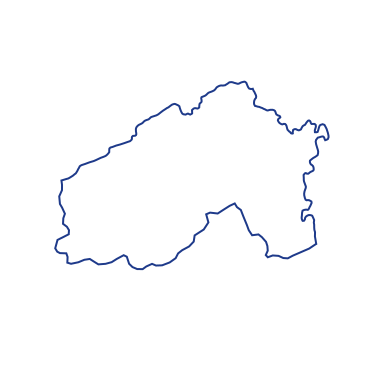 outline of Rasony, Vitebsk, Belarus, rotated 162°
{"feature_id": "67162791B65560195088656", "entity_name": "Rasony", "entity_type": "district", "adm_level": 2, "iso_a3": "BLR", "parent_name": "Belarus", "parent_adm1": "Vitebsk", "projection": "orthographic", "projection_center": [28.698, 55.907], "detail": "fine", "context": "isolated", "style": "outline", "palette": "blue", "viewbox_px": 384, "rotation_deg": 162, "n_neighbors": 0, "source": "geoboundaries", "source_scale": "gbopen_adm2", "svg_char_len": 5176}
<svg xmlns="http://www.w3.org/2000/svg" viewBox="0 0 384 384"><g transform="rotate(162 192 192)"><path d="M312.6,243.3L313.4,239.0L315.1,233.9L319.6,228.9L321.3,221.4L320.4,217.4L319.6,210.6L322.5,206.8L324.5,201.6L321.7,197.6L320.8,193.7L322.3,189.9L327.9,189.0L334.7,188.0L339.5,180.7L338.6,176.9L336.5,174.7L330.5,172.5L330.4,168.7L332.4,163.3L329.2,161.1L321.8,160.3L315.3,160.8L309.9,159.9L306.6,155.9L303.4,152.1L296.4,150.4L290.1,150.1L284.2,151.6L276.5,153.0L274.0,150.6L274.0,143.2L271.8,139.0L267.9,135.6L262.7,133.9L258.5,135.3L252.2,136.0L249.0,133.2L243.1,131.5L235.0,131.9L228.0,134.1L224.2,137.9L219.3,139.7L211.6,141.1L205.7,144.3L202.9,149.9L192.4,152.7L185.8,158.0L185.4,166.4L181.2,166.8L174.2,163.6L167.5,165.4L160.5,167.2L154.9,167.9L153.9,163.7L151.1,159.8L150.7,152.8L150.0,143.5L149.8,138.1L148.2,132.3L141.9,131.1L139.5,127.5L137.0,121.7L137.0,117.3L138.1,112.8L141.3,109.2L140.1,106.5L134.8,106.7L129.4,104.5L125.6,101.0L121.4,99.3L115.8,100.3L108.4,101.0L98.0,102.0L90.6,104.1L89.9,104.2L88.8,111.8L88.3,113.2L87.4,115.8L87.3,118.2L86.8,120.3L85.9,123.2L85.6,125.2L84.5,127.6L84.7,129.9L85.0,132.3L86.2,133.3L88.1,134.0L89.5,133.9L91.0,133.5L91.9,132.9L92.5,132.3L93.0,131.2L94.2,130.1L94.6,130.1L95.7,130.4L95.9,131.5L95.9,132.6L95.5,134.1L94.9,135.3L94.3,136.8L93.7,138.3L92.6,140.1L90.9,140.3L88.9,140.0L87.6,139.3L86.9,139.3L85.9,140.1L84.9,141.2L83.8,142.2L82.9,143.2L81.6,144.7L81.4,146.1L82.9,147.8L84.2,148.5L85.5,148.7L86.3,149.5L86.5,151.4L86.3,154.1L85.8,155.9L84.8,157.8L83.9,159.0L82.5,160.8L82.0,162.1L82.1,164.4L82.2,167.4L82.0,168.8L81.4,170.7L80.6,173.7L79.0,174.8L78.2,174.9L77.5,174.5L77.0,173.9L75.9,173.5L74.8,173.8L74.0,174.2L72.7,174.5L71.7,174.6L70.4,174.8L69.8,175.1L69.2,176.0L68.8,178.0L69.0,179.5L69.6,180.6L70.4,181.5L70.7,182.9L70.6,184.2L70.1,185.4L68.4,186.1L66.1,186.9L64.1,187.3L62.7,187.7L61.2,188.2L60.2,189.7L59.5,191.5L59.3,193.4L59.3,194.9L59.2,199.0L58.8,201.7L57.9,203.2L55.6,204.8L53.5,204.7L52.0,204.7L50.3,204.4L49.5,203.2L49.5,201.5L49.3,200.1L47.8,200.1L46.4,200.4L45.2,201.9L44.8,203.3L44.5,206.2L44.5,208.8L44.5,210.5L44.9,213.0L45.3,214.9L46.8,216.1L47.9,216.1L49.2,216.1L50.2,215.5L50.9,214.7L51.8,213.4L52.9,211.7L54.0,210.3L55.4,210.4L56.6,210.9L56.1,212.8L54.9,214.5L54.0,215.8L53.6,217.5L54.3,218.8L55.4,219.2L56.4,219.5L57.3,219.8L57.7,221.0L57.6,221.9L57.8,223.0L58.6,223.9L59.7,223.9L60.7,223.3L61.8,222.6L62.6,221.9L63.7,221.0L65.1,220.8L66.4,220.4L67.7,219.3L69.0,217.9L70.6,217.6L71.5,217.7L72.6,218.5L73.8,219.7L75.2,220.1L76.6,219.8L77.1,218.9L77.7,217.8L78.0,216.6L78.7,216.6L79.7,217.3L80.1,218.5L80.9,219.6L81.5,220.9L81.9,221.7L81.9,222.8L81.8,224.2L81.7,225.5L81.8,226.6L82.3,227.8L83.5,228.4L84.6,228.4L85.2,228.4L86.0,228.9L86.9,229.9L87.4,230.5L87.8,231.4L88.1,232.6L88.2,233.5L88.0,234.0L87.4,234.7L86.5,235.1L85.7,235.3L84.9,235.8L84.9,236.7L85.5,237.5L86.5,238.2L87.7,239.6L87.9,240.4L87.9,241.5L87.9,242.5L88.1,243.6L88.7,244.4L89.8,245.2L91.9,245.9L93.1,246.1L94.7,246.1L95.8,246.7L96.9,247.9L98.2,249.0L99.2,250.1L100.4,251.0L101.8,252.2L103.2,252.9L104.4,253.8L105.4,254.3L105.8,256.0L105.6,257.3L105.0,258.8L104.5,259.7L103.4,260.9L102.1,261.7L101.5,262.8L101.3,264.1L101.6,266.6L101.8,268.1L102.2,269.4L102.3,271.4L103.0,271.4L104.7,272.0L105.8,272.9L106.2,274.3L106.4,275.9L106.5,277.5L106.6,279.0L107.4,280.3L108.2,280.8L110.8,281.0L112.1,280.9L113.7,280.6L114.9,280.7L115.9,281.3L117.2,282.2L118.2,282.8L118.9,283.4L120.2,284.2L122.0,284.7L122.8,284.7L123.9,284.3L125.2,283.9L126.5,283.6L127.5,283.3L129.3,283.6L130.5,284.0L131.6,284.4L133.1,284.5L134.2,284.4L136.2,283.9L137.7,282.8L138.5,282.3L139.6,281.8L141.6,281.5L143.5,281.4L144.7,281.4L145.9,281.2L147.0,280.7L148.2,280.1L149.2,279.7L150.2,279.5L151.6,279.4L153.3,279.3L153.8,279.1L154.3,278.2L154.5,276.6L154.8,275.4L155.2,274.7L155.9,274.3L156.9,273.9L157.7,273.3L158.1,272.4L158.6,271.3L159.0,270.2L160.1,269.7L161.1,269.7L162.1,270.3L162.9,270.7L163.8,270.9L164.8,270.8L166.7,269.9L167.2,267.9L167.6,266.7L168.3,266.4L169.8,266.2L170.5,266.8L171.4,267.7L172.2,267.9L173.3,267.7L174.2,267.6L176.2,268.6L177.0,269.6L177.3,270.8L177.5,272.4L177.6,274.1L177.6,276.1L177.5,277.4L178.1,278.3L178.5,278.8L179.9,280.1L180.8,280.9L181.5,281.2L182.9,281.3L184.2,281.2L185.4,280.8L187.2,280.2L188.2,279.8L189.8,279.6L192.6,278.8L194.5,278.3L196.8,277.5L198.7,276.8L200.0,276.3L202.1,275.9L203.5,275.9L206.0,275.9L207.6,275.9L208.7,275.5L209.6,275.0L210.9,274.5L213.0,274.5L214.5,274.4L216.0,273.9L217.0,273.3L218.1,272.8L219.8,272.5L221.6,272.3L222.6,272.0L223.7,271.5L225.0,270.6L225.9,269.3L226.6,266.9L226.8,265.4L227.1,264.2L227.7,263.4L228.7,263.1L229.6,263.3L230.8,263.6L231.9,263.1L232.5,262.1L232.7,261.1L233.3,260.4L234.3,259.9L235.3,259.5L237.5,259.5L241.2,259.4L245.8,259.4L249.7,259.6L253.7,259.4L255.8,259.5L257.1,258.9L257.7,257.6L258.4,255.5L259.6,254.6L261.2,253.7L263.0,253.0L265.2,252.8L268.2,252.7L273.7,252.0L276.0,251.8L280.2,251.9L285.1,251.7L288.5,251.7L289.8,251.5L290.9,251.1L291.7,250.2L292.5,249.5L293.5,248.6L294.1,247.9L295.2,246.9L296.8,245.6L298.1,245.2L299.3,244.7L300.3,244.3L303.5,243.5L305.4,243.1L307.8,243.2L312.6,243.3Z" fill="none" stroke="#1e3a8a" stroke-width="2"/></g></svg>